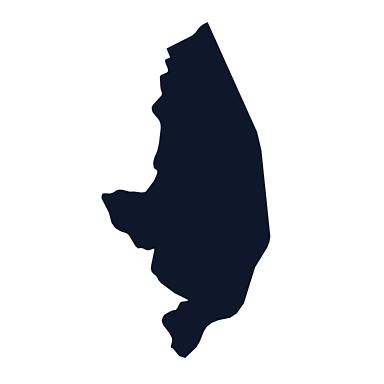 outline of Shiselweni, rotated 245°
{"feature_id": "SWZ-537", "entity_name": "Shiselweni", "entity_type": "District", "adm_level": 1, "iso_a3": "SWZ", "parent_name": "eSwatini", "parent_adm1": "", "projection": "mercator", "projection_center": [31.425, -27.036], "detail": "fine", "context": "isolated", "style": "filled", "palette": "ink", "viewbox_px": 384, "rotation_deg": 245, "n_neighbors": 0, "source": "natural_earth", "source_scale": "10m", "svg_char_len": 1931}
<svg xmlns="http://www.w3.org/2000/svg" viewBox="0 0 384 384"><g transform="rotate(245 192 192)"><path d="M142.7,251.7L118.9,243.5L114.8,240.7L110.7,236.5L97.7,216.9L69.9,191.6L63.8,181.0L62.7,173.5L65.5,161.5L65.8,154.0L64.2,147.9L61.3,143.4L53.6,135.2L50.0,129.7L45.3,115.8L49.2,111.7L58.2,109.4L59.4,108.8L59.8,108.1L60.4,108.1L61.6,108.9L64.6,111.5L67.7,112.9L73.8,112.6L83.3,110.5L85.8,110.5L88.3,111.1L90.6,113.5L91.5,114.9L91.9,116.6L92.2,121.0L92.2,123.6L91.8,125.7L91.3,127.1L91.5,128.3L92.2,129.7L96.0,134.7L96.2,135.9L95.9,137.0L94.9,139.9L94.6,141.5L94.5,143.0L95.0,143.8L96.1,143.6L108.2,134.0L122.7,126.2L126.3,125.1L129.4,125.1L131.6,124.6L134.1,123.4L136.7,122.5L139.8,123.1L142.6,124.8L155.0,134.1L156.7,134.5L157.6,134.2L157.9,130.1L158.1,128.8L158.7,127.4L159.8,126.1L162.3,124.1L163.3,122.7L163.9,121.4L164.1,120.2L165.1,119.4L166.9,118.6L179.6,117.3L182.1,116.3L184.4,114.2L186.0,112.3L187.8,110.7L192.2,107.9L197.8,106.8L208.6,108.7L224.3,108.1L226.2,109.1L227.6,110.5L226.8,112.5L224.6,116.6L224.2,118.8L224.1,121.1L224.7,124.6L224.1,127.0L222.8,129.4L217.9,135.4L216.2,139.4L212.7,144.9L211.8,146.9L210.9,149.6L211.7,151.7L217.3,162.0L218.8,164.1L222.3,168.0L224.2,169.6L225.8,170.2L227.4,169.9L228.9,168.8L230.2,168.4L232.2,169.1L233.9,169.5L236.0,170.9L238.7,173.1L243.4,178.4L250.0,183.5L262.2,191.0L264.7,192.2L267.2,193.0L269.9,193.3L272.5,193.0L280.4,190.9L282.6,190.9L285.2,191.8L286.8,193.7L291.8,205.7L293.3,207.0L295.4,207.5L297.9,207.8L300.5,208.5L309.1,212.0L310.0,212.7L310.4,213.6L310.1,218.9L310.3,220.3L310.9,221.9L312.7,222.6L314.9,223.0L319.7,223.2L321.8,223.6L322.6,224.3L322.6,225.7L322.3,227.3L322.2,229.0L323.1,229.6L324.2,229.9L332.1,230.3L332.3,236.1L333.0,258.7L334.5,263.2L336.4,266.5L337.8,269.7L338.5,273.2L338.7,277.2L314.4,276.9L288.4,276.5L248.9,276.0L219.0,275.6L200.9,271.9L173.0,262.2L152.3,255.1L142.7,251.7Z" fill="#0f172a" stroke="#020617" stroke-width="1.5"/></g></svg>